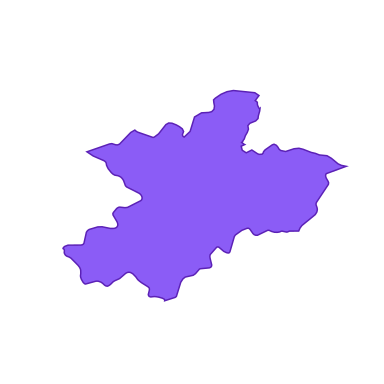 outline of Královéhradecký, rotated 325°
{"feature_id": "CZE-1598", "entity_name": "Královéhradecký", "entity_type": "Region", "adm_level": 1, "iso_a3": "CZE", "parent_name": "Czechia", "parent_adm1": "", "projection": "natural_earth1", "projection_center": [15.778, 50.402], "detail": "fine", "context": "isolated", "style": "filled", "palette": "violet", "viewbox_px": 384, "rotation_deg": 325, "n_neighbors": 0, "source": "natural_earth", "source_scale": "10m", "svg_char_len": 3486}
<svg xmlns="http://www.w3.org/2000/svg" viewBox="0 0 384 384"><g transform="rotate(325 192 192)"><path d="M129.0,98.8L151.9,105.3L154.1,106.4L156.6,109.6L158.0,110.7L160.1,111.2L176.0,108.1L180.7,108.5L181.1,110.1L181.7,111.6L191.4,125.0L192.7,125.4L198.0,125.2L209.3,121.8L212.5,122.1L215.1,124.2L217.6,128.0L219.2,131.3L220.3,134.7L219.8,137.6L217.1,139.5L216.7,140.3L216.6,141.0L216.7,141.8L217.1,142.5L225.2,141.3L237.1,132.0L245.2,132.6L251.3,136.4L254.2,137.5L257.4,136.9L259.7,134.5L261.1,131.4L262.5,128.9L265.0,128.5L271.9,128.6L278.2,129.9L284.1,132.6L300.4,146.7L302.2,151.4L296.2,153.4L296.9,155.3L296.9,156.1L296.4,156.8L295.6,158.2L295.3,159.4L295.0,161.3L295.0,162.7L295.6,162.6L293.9,164.5L290.0,167.7L288.2,169.7L284.9,170.3L278.8,168.9L275.8,169.7L274.3,172.9L271.4,174.9L268.0,176.5L265.1,178.6L264.0,178.9L262.3,179.8L261.1,179.9L262.0,182.6L262.4,183.4L258.6,182.7L257.1,186.6L258.9,191.0L265.1,191.9L267.6,198.2L268.5,199.6L271.0,201.2L272.4,201.0L273.8,200.0L276.0,199.4L284.8,199.4L286.6,199.9L287.9,202.1L288.1,204.4L287.9,206.7L288.4,208.8L291.9,212.5L300.4,215.1L304.7,217.5L307.5,220.7L312.4,228.0L315.2,231.1L317.6,234.7L323.4,239.7L325.5,244.3L327.8,252.7L329.6,255.8L333.0,259.4L312.6,254.0L311.6,254.4L310.8,255.3L310.2,256.5L309.9,257.9L309.6,261.3L309.2,262.8L308.1,264.0L288.2,271.8L287.1,272.5L286.3,273.6L285.4,276.7L284.7,278.1L283.7,279.2L282.6,280.1L280.0,281.2L262.8,282.5L259.8,283.5L257.0,285.2L249.5,280.0L247.3,279.5L246.4,279.0L243.4,275.8L242.6,275.3L240.9,275.0L238.8,274.0L236.5,272.3L234.6,270.0L233.1,267.5L232.0,266.8L220.9,265.0L219.4,264.0L218.5,262.7L218.1,261.1L218.1,256.2L217.9,254.8L217.3,253.9L216.2,253.3L210.9,252.0L202.9,252.1L201.1,252.8L188.8,262.7L187.8,263.1L186.9,262.9L186.2,262.3L185.4,261.4L184.0,258.9L182.3,252.5L181.5,251.7L180.5,251.4L171.0,253.7L169.8,254.8L168.9,256.4L166.3,263.1L165.4,264.0L164.2,264.4L162.7,264.1L154.9,259.7L153.9,259.4L148.0,260.9L145.2,260.9L137.7,257.8L134.7,258.0L131.0,259.5L119.3,268.6L117.8,268.7L107.2,265.4L107.8,264.7L107.7,263.7L106.9,262.1L104.4,259.0L102.6,257.2L101.1,256.0L98.0,254.3L97.5,253.7L97.0,252.9L97.1,251.6L97.4,250.9L100.5,248.2L101.3,247.3L101.6,246.8L101.8,246.2L101.9,245.6L101.5,244.2L98.6,237.3L97.8,234.7L97.3,232.6L97.3,229.3L96.6,225.1L96.0,223.7L95.2,222.3L93.6,221.1L92.3,220.7L90.9,220.6L83.0,221.4L77.8,220.4L76.0,220.3L72.5,220.9L71.1,221.0L69.7,220.9L68.6,220.6L67.6,219.6L67.0,218.3L66.4,215.5L65.7,213.6L64.1,211.4L62.9,210.4L61.7,209.8L52.2,206.4L51.7,206.1L51.3,205.2L51.0,203.6L51.3,200.0L51.9,198.0L52.5,196.8L54.1,195.0L55.8,192.5L56.4,191.1L56.7,189.1L56.6,186.7L54.9,176.8L54.5,175.8L53.9,174.6L52.6,172.7L52.1,171.2L52.2,169.3L52.8,168.0L53.0,167.9L53.6,167.1L54.2,166.2L54.3,165.3L53.9,164.4L54.3,164.0L54.9,163.8L55.7,163.6L56.8,163.6L59.9,164.4L70.5,171.7L71.8,172.3L73.0,172.4L74.1,172.0L82.4,164.4L84.3,163.7L86.3,163.7L94.7,166.5L98.4,168.9L104.2,175.0L107.1,177.0L108.5,177.6L109.8,177.7L111.1,177.4L112.2,176.6L113.0,175.3L113.5,173.5L114.1,165.7L114.7,164.4L115.8,163.7L120.8,162.3L121.9,162.3L123.0,162.4L124.1,162.9L128.1,166.4L130.3,167.6L145.0,169.7L146.3,169.5L147.4,168.7L148.2,167.4L148.5,165.7L148.4,164.2L148.0,162.8L141.4,150.5L141.2,149.6L141.1,148.6L142.5,143.4L142.6,141.9L142.5,140.4L142.2,138.9L141.6,137.6L140.8,136.3L138.4,133.9L137.5,132.0L137.0,129.8L136.7,125.0L137.0,122.8L137.4,120.9L138.1,119.6L138.5,118.2L138.1,116.3L131.7,105.8L129.0,98.8Z" fill="#8b5cf6" stroke="#5b21b6" stroke-width="1.5"/></g></svg>